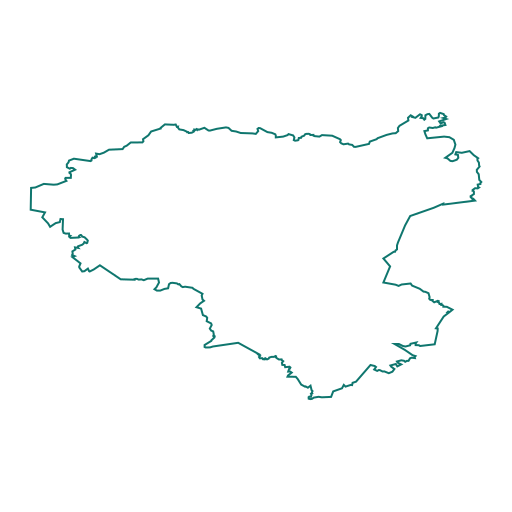 Aronas pag., Madona, Latvia
{"feature_id": "27541924B19624181266417", "entity_name": "Aronas pag.", "entity_type": "district", "adm_level": 2, "iso_a3": "LVA", "parent_name": "Latvia", "parent_adm1": "Madona", "projection": "equal_earth", "projection_center": [26.1, 56.896], "detail": "fine", "context": "isolated", "style": "outline", "palette": "teal", "viewbox_px": 512, "rotation_deg": 0, "n_neighbors": 0, "source": "geoboundaries", "source_scale": "gbopen_adm2", "svg_char_len": 6039}
<svg xmlns="http://www.w3.org/2000/svg" viewBox="0 0 512 512"><path d="M475.0,200.6L473.3,198.8L472.5,199.1L471.5,198.0L471.6,197.4L470.7,197.1L470.6,196.2L473.9,194.1L473.9,191.7L473.2,190.6L472.6,190.7L472.6,190.0L475.1,188.2L477.7,188.4L479.0,187.5L478.1,187.0L477.7,184.6L480.4,184.0L480.4,183.0L481.3,182.0L479.3,179.9L478.7,174.2L476.9,171.9L476.8,169.8L479.6,166.5L479.1,165.4L478.9,162.6L477.5,160.5L477.4,158.8L478.1,158.2L473.8,155.2L469.6,151.1L461.8,152.8L456.2,152.1L455.4,154.4L457.9,154.9L458.3,157.8L456.8,159.7L454.6,160.5L452.5,161.2L450.4,160.9L447.5,158.4L445.3,157.8L452.4,152.8L454.5,148.0L455.4,144.6L453.8,139.8L449.4,137.2L444.1,136.6L427.2,138.3L425.4,134.3L424.4,131.1L427.9,130.4L427.9,128.3L429.2,127.5L432.8,128.0L435.3,127.3L436.0,127.7L441.3,126.3L440.7,125.7L445.4,125.0L444.6,122.7L443.6,122.2L440.6,123.4L439.2,121.4L446.2,119.0L443.4,118.0L445.4,117.5L446.2,116.6L444.0,115.1L443.7,114.1L440.1,112.9L438.9,113.7L438.8,116.4L438.3,117.5L433.4,118.5L432.2,117.7L429.3,113.9L427.4,114.2L425.4,115.3L425.3,118.9L424.3,119.7L423.2,118.2L420.7,117.9L421.8,116.1L421.7,115.1L420.0,114.3L415.4,117.8L412.3,117.0L412.7,116.5L410.7,115.3L408.0,117.8L408.4,120.5L399.5,125.8L397.9,128.0L398.2,131.1L395.7,133.2L392.6,133.4L386.6,134.9L377.6,138.2L376.6,139.2L369.8,141.6L369.0,143.9L355.6,146.9L354.0,146.8L352.2,144.9L349.1,144.4L348.1,143.6L343.5,144.3L341.2,143.3L340.1,142.1L340.8,140.1L340.0,139.2L332.2,135.7L322.0,135.1L319.4,136.6L314.4,136.1L313.4,135.6L313.4,134.9L310.3,135.0L309.8,134.1L308.6,133.8L306.3,133.9L305.2,134.2L304.1,135.7L301.5,136.7L301.1,137.8L298.8,138.0L298.4,140.0L297.9,140.3L295.1,140.7L293.8,140.1L294.4,137.4L293.1,135.4L288.5,134.1L287.6,135.1L283.2,136.6L275.8,137.4L275.8,135.6L275.3,134.3L271.7,132.8L267.4,132.1L260.2,128.2L258.7,128.0L257.5,128.9L258.2,131.1L255.8,133.9L252.5,133.4L240.7,133.0L236.1,131.5L231.6,130.8L228.5,127.9L226.0,127.4L216.9,128.8L209.9,130.6L208.5,130.5L204.4,127.8L198.9,129.7L197.8,129.3L197.2,130.0L196.4,129.1L195.1,130.1L194.3,129.6L194.2,130.1L193.6,130.5L194.2,131.0L193.8,131.6L191.8,132.7L188.7,133.0L188.2,132.1L187.1,132.2L186.9,131.7L183.5,130.1L179.3,129.4L177.7,127.3L177.9,126.7L176.9,126.9L175.7,124.5L173.8,124.8L164.9,124.4L160.6,127.9L160.7,128.5L151.1,131.5L148.4,135.3L143.0,139.2L143.4,141.3L142.4,142.4L130.7,142.5L126.7,145.7L124.2,146.8L122.6,149.1L109.0,149.7L103.8,152.7L99.5,154.2L96.1,153.6L96.9,156.7L96.1,157.0L96.0,156.3L95.2,156.4L94.9,156.6L95.3,157.8L94.2,158.2L92.5,157.7L91.4,159.5L91.5,160.5L90.6,161.1L73.9,158.7L69.0,160.6L68.5,162.4L66.8,164.4L66.9,167.2L69.8,168.7L70.8,167.9L73.0,168.1L75.1,169.7L69.4,172.3L69.5,173.0L70.6,173.8L71.0,174.8L70.8,177.9L65.6,177.9L65.2,178.4L65.5,179.6L66.4,180.9L57.3,184.4L53.7,184.7L43.8,183.9L35.3,187.5L31.1,187.9L30.7,209.7L45.0,212.4L42.3,217.3L48.1,223.4L50.1,226.8L55.7,223.1L59.8,222.1L60.5,219.0L63.0,219.2L62.6,229.6L63.6,232.9L65.7,233.6L69.0,233.5L69.2,235.6L70.3,235.9L69.3,236.8L70.5,237.9L78.7,237.5L79.2,237.3L78.6,237.0L79.1,235.8L80.4,235.0L81.2,235.1L82.3,236.6L84.6,237.3L86.9,239.5L87.8,240.6L87.2,242.9L86.5,243.2L84.4,242.0L83.7,243.5L82.3,244.7L78.0,246.3L77.6,247.2L78.2,247.9L75.0,247.4L75.4,249.5L72.4,251.4L72.7,253.8L72.1,255.0L74.6,256.1L72.3,257.0L80.5,263.4L79.2,266.5L79.3,267.5L82.2,271.5L84.4,271.2L87.9,268.6L89.1,271.2L89.7,271.5L93.7,269.5L99.9,265.3L120.7,279.3L134.0,279.7L133.8,279.4L135.4,278.9L137.0,278.9L138.7,279.6L141.5,279.4L143.8,280.2L147.7,278.6L158.1,278.6L159.0,282.5L156.4,287.3L154.5,289.2L156.9,290.6L160.2,290.6L164.5,288.9L168.1,288.3L169.0,284.2L170.6,283.0L172.5,282.8L176.9,283.4L178.3,284.4L179.4,284.1L181.3,286.3L182.7,287.1L185.1,286.7L192.5,287.8L193.4,288.8L202.5,293.8L201.7,295.5L202.5,299.5L204.0,300.8L200.2,303.4L196.5,307.2L201.1,308.6L202.9,315.1L206.2,316.5L207.2,317.8L206.7,321.2L211.1,323.4L211.7,325.0L209.8,328.6L211.2,330.6L213.2,331.4L213.8,334.5L213.4,335.5L214.2,335.9L213.8,336.4L214.6,336.7L214.4,337.5L211.4,340.3L211.3,340.9L204.6,345.0L204.6,347.0L205.7,347.5L210.0,347.4L212.9,346.5L238.2,342.8L259.1,354.3L258.4,354.6L260.1,355.9L259.0,357.0L259.8,358.3L262.3,358.2L262.9,359.2L264.9,359.4L265.3,359.0L264.7,358.5L265.3,358.2L267.0,359.4L268.7,358.6L269.2,357.6L271.4,356.9L273.8,356.9L275.6,356.0L276.1,356.3L275.9,357.4L277.0,358.3L279.0,359.5L281.6,359.4L281.8,360.2L283.2,361.2L281.9,362.8L282.3,364.9L284.6,365.0L285.2,367.2L289.5,366.7L290.4,367.5L289.8,368.7L289.2,368.7L288.2,371.6L290.1,371.5L291.7,372.6L288.0,375.5L287.5,376.7L295.8,376.8L297.7,379.0L301.2,384.6L305.1,386.7L305.6,386.4L307.9,387.7L310.5,385.7L311.6,390.2L312.5,391.1L311.8,392.6L312.2,393.3L311.0,393.8L311.5,395.0L310.9,396.8L309.3,396.6L308.6,397.2L308.7,398.7L310.3,399.1L311.9,398.9L313.8,397.6L318.6,396.8L321.8,397.3L331.1,396.9L333.2,391.4L342.0,388.3L343.8,384.9L345.5,386.6L350.9,384.9L352.1,385.1L352.6,382.8L356.0,381.7L370.5,365.0L374.7,366.0L376.0,367.0L374.2,369.5L377.2,370.9L378.9,370.0L380.0,370.2L382.6,371.5L384.3,371.4L388.8,373.2L392.4,371.7L394.4,369.0L391.2,366.7L390.4,365.5L395.8,364.0L397.3,366.4L401.2,364.4L397.9,362.8L397.0,361.5L401.3,360.3L404.1,360.8L405.2,361.8L406.8,360.9L408.5,360.9L410.0,358.3L411.6,357.7L414.9,358.1L414.6,357.1L415.5,356.1L412.6,355.2L404.7,349.8L394.6,344.0L398.9,344.0L402.9,346.0L405.5,346.5L410.1,345.3L410.5,343.8L416.3,342.5L415.5,343.7L415.6,345.1L418.8,345.2L420.1,346.0L434.7,344.3L437.6,331.0L437.7,328.5L436.0,328.3L443.7,316.5L448.7,312.7L447.4,312.3L448.2,311.5L449.5,312.1L452.5,309.7L446.8,306.8L443.4,306.7L443.5,306.0L442.6,305.1L441.2,304.9L441.4,303.8L439.5,304.0L439.0,302.6L437.7,302.0L438.5,301.1L437.8,300.8L434.2,302.3L432.4,300.8L432.6,300.0L430.3,299.9L429.2,298.7L429.6,297.1L428.5,293.2L425.3,291.8L423.5,291.6L419.8,288.8L412.1,285.6L410.6,283.5L401.6,284.5L398.6,285.9L395.6,284.7L383.4,282.5L390.1,266.4L383.4,258.5L393.7,251.8L395.1,251.7L395.5,250.5L397.0,249.4L397.0,245.4L398.0,242.4L405.1,225.4L410.2,216.0L433.7,207.8L443.3,203.6L443.2,204.6L475.0,200.6Z" fill="none" stroke="#0f766e" stroke-width="2"/></svg>